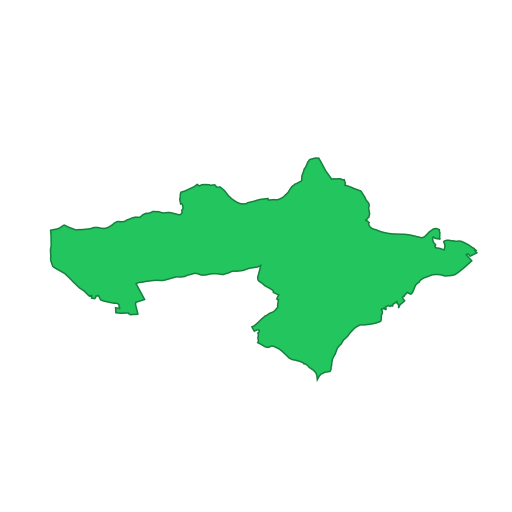 outline of Atintis, Mures, Romania, rotated 28°
{"feature_id": "2599482B68806585606187", "entity_name": "Atintis", "entity_type": "district", "adm_level": 2, "iso_a3": "ROU", "parent_name": "Romania", "parent_adm1": "Mures", "projection": "robinson", "projection_center": [24.081, 46.406], "detail": "fine", "context": "isolated", "style": "filled", "palette": "green", "viewbox_px": 512, "rotation_deg": 28, "n_neighbors": 0, "source": "geoboundaries", "source_scale": "gbopen_adm2", "svg_char_len": 6147}
<svg xmlns="http://www.w3.org/2000/svg" viewBox="0 0 512 512"><g transform="rotate(28 256 256)"><path d="M158.9,371.9L163.8,369.9L170.0,366.2L171.1,366.8L172.8,366.8L174.6,365.5L178.0,363.6L179.0,362.7L172.5,355.5L171.6,353.4L178.1,346.7L163.1,336.7L164.8,334.6L168.9,331.8L170.2,330.5L177.3,325.5L180.4,323.7L184.2,322.0L186.4,320.5L194.8,312.4L196.2,311.4L199.4,309.9L202.4,307.8L204.5,305.2L210.0,300.1L212.4,299.1L216.2,298.6L218.0,297.9L220.6,296.3L224.9,292.7L227.6,291.1L231.1,289.5L235.5,288.0L239.9,283.6L241.7,281.2L243.2,279.9L244.8,279.2L247.8,277.4L251.4,274.8L255.7,270.1L262.6,264.9L264.6,262.1L266.4,269.1L267.4,273.9L268.6,275.7L269.8,276.7L274.6,277.3L277.7,278.1L282.4,278.1L286.6,278.4L287.2,278.6L288.3,279.5L288.4,280.0L294.4,279.7L294.3,282.0L294.5,284.2L296.3,284.1L296.2,284.6L297.2,286.2L297.5,287.6L298.1,289.1L299.2,291.1L299.1,291.9L298.0,296.2L297.1,297.7L294.7,300.5L293.5,303.1L292.1,304.9L291.3,307.3L290.9,307.9L289.0,313.9L287.1,318.7L285.6,320.4L287.0,321.5L289.8,323.2L291.4,321.0L292.2,320.4L292.7,320.1L293.8,320.1L294.1,320.7L294.2,321.5L294.3,322.1L293.9,322.8L293.9,323.3L294.5,323.6L295.7,325.8L295.8,326.6L296.3,327.8L296.8,328.2L298.3,330.5L298.2,331.7L302.2,331.6L306.1,331.9L308.3,331.5L310.2,330.6L311.4,328.7L312.1,328.1L313.1,327.7L314.8,327.4L320.1,327.2L323.9,327.9L326.7,328.7L327.9,328.9L333.3,330.6L336.9,330.4L339.5,329.5L344.7,328.4L346.2,328.2L348.6,328.4L349.1,328.8L350.0,328.2L351.3,328.2L353.1,328.5L355.4,329.4L360.2,329.9L363.6,331.0L365.2,332.3L366.7,334.2L368.2,336.4L368.2,332.6L368.8,330.0L371.4,326.3L375.5,323.2L375.6,321.9L375.4,320.8L374.5,318.9L374.0,316.7L372.9,314.4L372.5,312.5L371.9,311.0L371.8,306.9L372.0,305.5L371.1,299.2L372.0,295.1L372.5,293.9L372.7,289.0L373.7,286.6L374.7,283.3L374.9,280.6L376.8,273.8L377.9,271.5L380.3,268.0L384.3,265.8L390.1,261.7L393.6,258.7L396.5,255.5L396.4,255.4L396.7,254.6L396.5,253.6L395.4,251.1L394.6,249.6L394.4,249.2L394.5,248.0L394.3,246.9L393.4,245.4L392.0,244.8L391.7,244.2L391.7,243.8L392.7,243.4L392.8,242.9L393.3,242.8L393.4,242.2L393.8,242.4L395.7,242.4L395.8,242.0L395.7,241.5L395.2,241.4L394.8,241.7L394.7,241.6L394.8,240.7L394.7,240.5L394.4,240.8L394.2,240.4L396.1,237.5L397.4,237.7L398.1,237.5L398.4,236.5L398.8,236.2L399.7,236.4L399.9,236.2L400.1,235.9L399.9,234.9L399.4,234.5L400.5,232.8L401.8,230.2L402.2,231.0L402.7,231.5L404.0,231.8L404.9,232.4L405.4,233.0L405.9,234.1L405.9,234.4L406.1,234.5L406.3,233.8L406.1,232.4L406.2,231.1L407.9,227.0L408.3,225.7L405.7,224.7L404.9,223.7L405.2,222.4L405.7,222.2L405.7,221.9L405.4,221.3L405.8,220.6L406.6,217.2L407.9,217.3L408.0,217.1L409.8,217.1L410.6,217.0L410.9,216.6L411.3,214.5L411.2,212.6L410.8,209.6L410.7,206.1L411.6,203.7L412.4,202.4L412.3,200.9L412.6,199.9L414.4,196.7L417.9,192.9L420.2,190.1L423.3,188.0L425.0,187.1L427.8,185.9L431.1,185.2L432.7,184.7L437.1,181.9L439.7,179.8L440.6,178.8L442.3,175.5L444.7,170.0L448.8,159.0L441.0,156.1L442.2,154.5L445.2,155.6L449.5,149.5L446.6,148.4L447.5,147.7L444.4,146.9L443.2,147.0L438.5,146.4L433.5,146.4L430.1,146.7L427.9,147.6L425.6,149.3L424.2,149.5L421.4,150.8L419.2,151.4L417.1,152.5L415.4,154.1L415.0,155.3L417.0,157.0L418.5,159.1L419.2,162.3L414.6,163.0L410.8,164.4L410.6,164.1L409.6,163.8L409.5,163.4L409.5,162.1L409.4,161.8L407.2,161.0L405.6,160.1L404.1,158.2L403.5,157.1L403.6,156.0L405.1,156.3L407.8,155.8L408.8,155.2L410.3,154.9L410.4,154.6L410.3,154.2L409.1,153.3L409.0,152.3L408.0,150.5L407.6,149.3L406.3,148.0L405.5,146.6L402.1,147.1L400.2,148.6L399.6,149.4L397.6,153.6L396.0,159.4L394.6,161.4L393.4,162.2L382.5,165.0L377.6,166.8L366.2,172.4L361.6,174.1L357.1,175.4L352.9,176.2L350.0,176.4L348.4,176.8L345.8,177.2L343.2,176.9L341.8,176.0L340.9,175.4L340.2,174.4L340.3,173.4L337.3,172.7L336.7,173.2L336.3,173.0L336.1,172.8L336.9,170.6L336.9,169.5L337.4,168.8L336.6,165.6L333.0,160.9L332.2,158.2L331.4,157.1L330.1,156.2L326.6,154.7L324.6,153.0L318.5,149.6L317.8,149.4L309.5,150.6L309.3,150.4L304.9,151.0L301.2,151.7L301.0,150.5L300.5,149.6L298.1,147.2L296.3,148.3L295.3,148.0L294.5,148.1L287.2,152.1L286.7,152.6L277.6,148.1L268.8,142.2L265.4,140.1L264.4,140.8L262.8,141.3L258.4,145.3L258.1,145.8L257.8,148.1L257.6,148.5L257.9,151.1L258.1,154.5L257.7,156.3L258.4,159.7L258.9,163.6L260.9,168.1L260.8,168.5L258.0,172.7L256.5,174.5L256.1,175.8L255.1,177.7L254.6,182.2L254.5,184.6L253.8,187.0L253.2,188.3L253.2,188.9L252.7,190.3L252.2,191.6L250.4,194.2L248.9,196.0L247.1,197.1L244.8,198.1L242.8,199.5L240.5,200.8L239.6,199.6L233.5,203.8L230.9,206.1L228.4,208.7L223.7,212.8L222.9,214.3L221.7,215.2L218.6,216.8L217.5,217.1L214.5,217.5L211.0,217.3L207.7,216.9L203.0,215.6L197.6,213.1L191.9,211.9L190.7,212.8L188.7,213.7L187.1,212.7L186.0,212.6L182.2,215.2L181.3,215.0L177.5,216.8L174.8,218.4L173.2,220.6L172.2,220.7L170.7,220.3L170.4,220.4L168.9,223.8L162.7,232.0L159.7,235.0L160.3,237.3L161.3,239.2L162.0,241.6L162.4,242.2L165.1,245.5L165.9,244.8L166.6,245.0L167.6,245.9L169.1,247.9L169.3,249.0L169.0,250.0L169.0,250.6L169.8,251.5L170.4,252.5L170.2,253.7L169.6,255.2L168.1,255.9L161.8,257.4L158.9,258.3L157.2,259.3L154.1,261.5L150.5,262.4L149.0,262.6L147.7,263.4L144.3,264.9L143.6,265.6L142.7,267.1L140.4,269.3L139.3,269.6L138.0,270.9L136.8,272.6L135.6,275.7L135.1,276.5L131.3,278.3L129.2,280.1L126.9,282.9L125.1,284.8L124.8,285.2L124.4,286.3L123.1,287.7L121.4,288.8L118.0,290.3L117.3,290.8L115.6,293.1L114.6,295.7L113.1,298.5L111.5,300.8L109.7,302.5L106.6,304.1L103.2,305.0L101.0,306.0L98.9,307.5L96.9,309.7L96.2,310.2L89.5,314.7L87.7,315.6L84.8,317.5L77.4,318.5L72.2,318.7L71.5,319.6L69.6,323.2L67.9,325.3L62.5,329.7L64.6,332.8L69.4,341.4L70.8,344.1L70.9,345.2L71.7,347.2L75.2,353.1L75.9,354.8L77.1,356.5L81.3,360.5L83.4,360.9L95.6,361.3L102.6,363.3L108.2,365.1L115.4,367.1L120.8,367.6L126.6,369.4L127.5,369.6L128.2,369.5L128.6,369.3L128.5,368.7L129.3,368.1L129.6,368.2L130.6,370.4L133.6,369.4L133.9,368.1L133.5,366.4L135.1,365.6L135.4,364.9L136.1,365.2L138.2,366.9L139.8,367.7L142.9,367.2L148.5,365.7L153.3,364.2L155.1,363.1L156.9,363.1L158.0,363.5L158.4,364.3L159.8,365.6L159.8,365.8L160.3,366.4L160.0,366.6L159.0,366.6L157.6,367.3L156.3,367.6L158.9,371.9Z" fill="#22c55e" stroke="#15803d" stroke-width="1.5"/></g></svg>